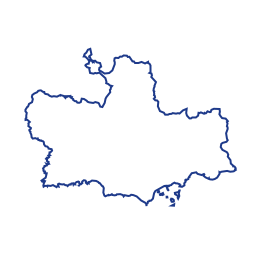 Bone, Sulawesi Selatan, Indonesia, rotated 80°
{"feature_id": "22746128B25468135680533", "entity_name": "Bone", "entity_type": "district", "adm_level": 2, "iso_a3": "IDN", "parent_name": "Indonesia", "parent_adm1": "Sulawesi Selatan", "projection": "albers", "projection_center": [120.181, -4.68], "detail": "fine", "context": "isolated", "style": "outline", "palette": "blue", "viewbox_px": 256, "rotation_deg": 80, "n_neighbors": 0, "source": "geoboundaries", "source_scale": "gbopen_adm2", "svg_char_len": 5849}
<svg xmlns="http://www.w3.org/2000/svg" viewBox="0 0 256 256"><g transform="rotate(80 128 128)"><path d="M43.5,151.4L44.0,153.9L46.6,156.0L47.6,157.8L48.8,158.6L49.3,158.4L49.9,159.0L50.3,157.6L53.4,155.4L55.7,154.6L57.9,155.6L57.7,156.6L58.4,158.7L59.1,159.1L61.1,157.7L62.3,155.3L63.3,155.9L67.2,155.8L68.5,152.5L68.1,150.8L68.7,149.3L68.5,146.6L75.0,141.6L78.7,141.2L80.1,141.7L81.3,139.7L82.9,138.5L83.9,136.4L85.1,137.8L86.7,138.3L87.4,139.2L89.7,139.3L93.7,143.8L95.2,145.0L99.2,146.6L102.9,149.6L102.1,151.6L98.7,152.4L98.1,152.9L96.8,155.7L97.3,157.9L96.0,161.8L95.1,163.3L94.0,163.9L91.8,166.3L91.1,168.5L94.3,170.0L94.7,171.7L94.2,173.5L92.6,174.3L92.4,175.5L90.9,177.1L89.9,177.0L88.7,178.5L87.9,178.0L87.8,178.8L86.7,179.0L87.1,179.7L86.4,180.0L86.1,182.2L86.6,182.0L86.8,182.8L86.1,183.7L87.5,184.4L86.5,185.2L85.5,185.3L84.1,188.2L84.3,188.8L83.8,189.0L84.8,192.5L83.8,195.5L83.9,197.6L82.7,199.6L81.0,201.0L80.1,203.4L79.3,204.2L78.0,204.2L77.5,205.7L76.0,207.0L75.7,207.9L75.8,209.9L77.0,211.3L77.8,214.4L78.9,216.5L80.7,217.3L83.0,216.7L85.9,218.0L87.1,221.3L89.5,222.7L89.7,223.5L92.2,225.8L93.8,226.1L95.5,225.1L98.6,226.2L99.8,226.2L101.2,227.3L102.3,227.5L102.3,225.9L105.0,223.7L106.1,225.3L107.6,225.3L108.8,225.8L111.2,223.6L112.0,224.0L112.9,225.6L113.9,225.4L114.7,224.7L115.7,225.0L117.6,224.4L120.4,224.5L121.9,223.6L121.9,221.1L122.8,219.7L122.6,218.7L124.3,218.4L124.5,217.1L125.3,216.7L125.3,215.4L125.9,215.1L126.3,214.0L127.2,213.4L129.6,213.5L131.6,212.5L132.3,210.7L133.7,209.8L134.5,209.8L135.6,206.9L137.1,206.7L138.6,208.8L138.4,209.5L140.4,210.2L141.3,209.6L141.4,211.3L143.0,210.7L143.7,212.2L143.2,213.0L144.1,214.1L145.1,213.2L146.4,213.6L147.7,212.1L148.4,212.5L149.4,212.1L149.2,213.3L149.8,213.1L149.9,213.5L149.3,214.4L150.1,214.1L150.8,214.4L150.9,216.6L151.4,216.5L152.2,217.9L153.3,218.7L153.9,218.3L155.4,218.7L156.4,218.2L156.3,217.4L157.3,217.1L157.9,217.9L158.7,217.0L158.7,216.0L162.6,217.7L164.8,222.3L166.0,221.7L165.5,219.8L165.9,219.0L167.7,220.4L170.1,221.4L171.1,221.3L170.6,220.1L170.9,217.5L171.3,217.4L170.8,217.0L171.6,214.2L171.2,211.8L173.5,209.0L173.1,208.9L173.4,207.8L173.1,207.4L173.6,206.5L171.2,206.7L170.8,205.5L171.7,204.1L172.3,202.0L172.2,200.9L173.4,199.7L173.8,198.1L174.7,197.6L173.4,195.5L173.8,194.2L173.0,193.7L172.8,192.7L173.1,191.7L174.1,191.6L173.6,191.2L174.1,191.0L174.4,189.8L173.4,190.0L172.3,188.1L172.1,186.2L172.7,185.5L174.1,185.6L175.2,184.1L174.3,182.5L173.3,182.7L172.5,182.0L171.8,180.5L172.4,179.0L173.3,178.6L174.6,179.0L176.0,177.9L175.3,177.3L175.8,176.3L174.4,176.2L174.4,174.7L173.5,172.6L174.6,168.6L176.0,166.7L177.1,166.1L177.2,165.5L180.7,163.5L181.1,162.8L183.0,162.3L187.3,163.5L190.4,163.0L191.3,162.2L190.5,158.8L191.0,158.6L190.9,156.7L190.4,155.4L191.2,155.1L192.0,152.9L192.0,151.3L191.4,150.6L191.8,147.1L193.2,144.6L194.6,144.2L193.6,142.9L195.0,139.5L195.0,137.8L194.3,136.5L195.0,134.4L196.9,131.3L201.7,127.6L204.5,124.1L205.6,123.3L208.1,123.3L206.0,123.0L205.6,121.8L204.0,121.2L203.7,119.5L203.3,119.4L203.5,117.9L201.9,115.7L196.7,113.6L194.8,112.0L191.4,102.3L191.5,100.9L191.8,101.0L192.0,99.8L193.5,100.1L196.3,99.3L196.5,98.7L196.2,99.0L196.1,98.2L196.1,99.0L193.6,100.0L191.7,99.6L191.9,98.2L193.4,97.9L191.9,98.2L191.7,95.3L190.7,94.1L189.9,91.7L190.8,90.6L191.1,89.1L192.3,87.0L192.8,87.1L193.4,86.4L194.5,87.4L195.3,85.0L194.3,82.4L192.2,82.2L191.3,80.9L189.2,80.6L189.0,80.2L189.7,79.7L188.9,78.7L188.8,77.5L187.6,77.1L186.9,76.5L187.0,76.0L186.3,75.9L183.6,73.1L183.5,68.5L185.2,67.5L187.1,63.7L186.5,61.2L187.0,60.9L188.3,61.8L190.1,60.2L192.0,57.5L191.5,57.0L192.3,56.9L192.8,56.2L193.5,53.7L193.3,51.4L192.3,48.8L189.2,45.9L187.4,45.6L187.9,45.1L187.3,43.8L187.5,37.8L188.8,34.9L189.0,32.4L189.0,31.4L188.0,29.2L187.2,29.7L186.6,29.0L185.7,29.1L184.3,29.9L184.1,31.1L183.2,31.1L180.9,32.9L177.4,32.7L173.5,34.7L171.7,33.9L169.8,34.4L168.9,34.9L165.9,38.8L162.9,40.0L159.9,38.9L159.1,37.5L158.7,33.4L157.3,31.9L155.8,32.4L150.2,32.3L146.2,30.0L144.5,29.8L143.5,30.3L140.8,29.2L139.3,29.6L138.6,28.5L135.7,30.2L134.6,33.6L132.6,34.7L130.3,35.6L128.0,34.7L125.2,34.5L124.0,40.1L124.6,42.7L126.6,43.8L126.6,44.7L125.4,46.8L127.0,48.6L127.0,49.7L126.5,50.0L127.1,50.7L125.3,53.5L125.7,54.9L125.3,55.9L128.0,56.8L129.4,59.3L128.8,62.9L129.5,64.3L129.2,65.8L126.0,67.8L123.4,68.1L119.3,66.9L120.2,70.8L122.7,74.7L122.1,76.2L122.2,78.2L121.1,81.4L121.6,82.7L121.4,84.8L121.8,86.2L121.3,89.1L119.2,90.0L116.9,93.6L111.8,94.8L107.5,93.6L105.9,94.6L105.5,96.3L103.7,97.5L102.5,96.0L100.7,96.1L100.2,96.7L98.7,96.2L96.7,96.2L96.4,95.8L95.6,96.4L93.4,95.7L91.8,94.6L91.2,94.7L87.6,92.5L81.8,96.2L80.4,95.3L78.5,95.4L77.5,97.3L76.8,96.1L70.3,95.0L68.4,95.7L67.5,97.0L66.4,96.8L67.4,100.0L65.3,103.2L65.8,106.5L65.2,109.8L63.4,110.7L63.2,112.0L58.1,114.3L58.0,115.9L56.6,116.5L55.8,119.7L56.7,121.7L56.3,123.3L57.4,125.3L56.7,128.0L57.1,129.1L59.5,129.9L60.8,129.6L62.9,130.0L68.6,133.4L70.6,137.0L70.3,141.6L67.4,144.7L67.0,145.7L65.7,146.4L63.7,145.7L62.9,143.8L59.2,144.2L57.9,147.4L56.1,148.6L55.9,150.2L57.1,150.3L56.7,150.8L57.1,151.3L56.0,151.8L55.3,151.5L54.8,152.0L55.0,152.8L54.4,152.8L54.7,153.3L53.8,153.3L53.6,152.8L51.9,153.1L51.2,154.0L50.6,153.7L49.3,151.2L43.5,151.4ZM201.1,89.3L198.5,88.0L198.4,88.3L199.8,89.4L200.0,93.1L201.4,93.1L202.9,91.3L204.4,90.5L205.3,91.2L206.3,90.9L203.9,89.3L201.1,89.3ZM205.9,98.3L208.2,97.8L208.5,96.6L208.3,95.6L206.9,95.4L205.5,96.5L205.1,97.7L205.9,98.3ZM199.6,108.0L199.7,106.4L198.9,106.3L198.4,107.7L199.2,108.2L199.6,108.0ZM212.0,98.3L212.5,96.2L211.2,95.8L212.0,98.3ZM198.3,105.5L199.9,105.3L199.7,104.6L198.1,104.9L198.3,105.5ZM196.5,109.7L196.7,109.3L196.2,108.4L195.7,108.4L195.6,109.2L196.5,109.7ZM203.1,102.0L203.2,101.3L202.5,101.3L202.4,101.9L203.1,102.0ZM176.2,186.7L176.7,186.9L176.2,186.3L176.2,186.7Z" fill="none" stroke="#1e3a8a" stroke-width="2"/></g></svg>